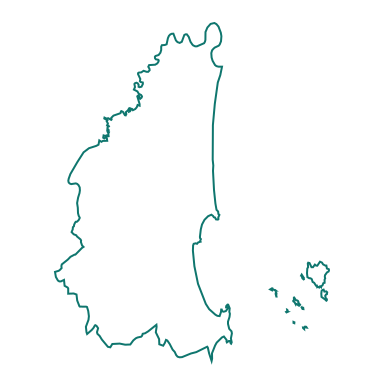 outline of Tinh Gia, Thanh Hóa, Vietnam
{"feature_id": "81297802B97652803071493", "entity_name": "Tinh Gia", "entity_type": "district", "adm_level": 2, "iso_a3": "VNM", "parent_name": "Vietnam", "parent_adm1": "Thanh Hóa", "projection": "robinson", "projection_center": [105.829, 19.452], "detail": "fine", "context": "isolated", "style": "outline", "palette": "teal", "viewbox_px": 384, "rotation_deg": 0, "n_neighbors": 0, "source": "geoboundaries", "source_scale": "gbopen_adm2", "svg_char_len": 5959}
<svg xmlns="http://www.w3.org/2000/svg" viewBox="0 0 384 384"><path d="M211.6,361.0L212.1,358.8L212.0,353.3L215.1,345.5L216.7,342.6L222.0,337.4L223.9,336.5L226.6,340.0L226.5,341.5L226.9,342.4L228.8,341.0L229.9,341.0L230.7,343.4L231.1,343.7L231.7,342.3L230.9,338.5L231.9,333.4L231.5,331.3L229.2,328.8L228.0,323.9L228.0,321.6L229.5,317.0L229.9,313.8L229.3,311.8L229.7,308.3L228.2,304.7L227.5,304.6L226.2,306.1L226.1,307.3L227.5,307.2L227.8,308.4L225.8,311.1L223.7,311.7L222.3,311.3L221.7,309.5L221.2,309.5L221.0,312.0L219.6,316.1L217.3,315.8L215.4,314.7L209.2,309.2L205.8,303.9L198.0,283.8L194.4,266.2L192.9,250.7L193.1,245.4L193.7,243.8L195.8,243.3L197.0,243.8L198.2,242.4L200.5,241.7L200.1,241.1L200.9,239.1L200.1,238.2L199.9,237.0L200.8,229.4L202.0,224.5L204.5,219.8L208.1,216.2L211.4,214.7L213.1,216.0L213.8,217.2L215.0,217.5L216.0,219.4L217.9,219.6L218.4,219.2L218.3,217.4L219.4,214.9L218.4,214.0L218.1,211.5L216.5,209.8L215.4,203.4L214.0,189.9L213.0,170.8L213.3,165.5L212.7,159.8L212.9,125.1L214.8,103.9L217.8,82.5L220.3,75.1L222.0,66.7L218.6,66.7L216.4,66.1L215.0,65.0L212.6,60.8L211.6,57.5L211.3,53.1L212.1,50.3L213.4,48.8L214.7,47.6L218.7,45.7L219.7,44.5L221.0,41.3L221.4,36.2L220.8,32.7L218.5,26.6L216.4,24.1L214.3,23.0L210.6,23.9L207.4,27.5L205.5,32.0L205.4,39.9L205.0,41.6L204.1,43.2L197.0,46.3L195.1,46.3L193.2,45.4L192.3,44.5L190.5,41.8L188.7,36.8L186.8,34.3L185.6,34.3L184.3,35.0L181.8,41.8L179.7,42.9L177.5,42.1L175.9,40.4L173.4,33.7L171.6,33.8L170.2,34.5L168.9,35.9L167.9,38.2L166.6,44.3L164.8,45.0L161.9,45.2L161.2,46.6L161.2,50.0L160.4,52.7L158.6,55.0L155.5,56.0L154.9,56.8L155.0,58.2L155.8,59.3L158.3,59.8L158.7,60.3L158.5,61.6L157.3,63.4L155.2,64.7L149.1,65.1L148.3,66.8L149.5,68.9L149.6,70.3L148.2,71.8L146.6,71.8L143.6,70.8L141.2,72.4L138.8,72.6L138.1,73.1L138.0,74.0L140.3,79.0L139.9,81.2L140.7,82.0L142.8,82.5L142.9,83.9L141.5,86.7L139.6,87.2L138.6,86.8L138.6,84.7L137.6,83.2L136.4,82.7L134.9,83.3L134.4,84.0L135.0,87.1L133.9,89.6L137.4,91.4L138.8,93.8L141.1,95.0L142.0,96.4L141.6,97.6L140.2,98.8L139.5,98.2L139.3,96.7L138.7,95.8L137.9,95.7L137.3,96.3L139.6,104.1L139.6,105.7L137.6,105.0L136.8,107.2L135.3,109.0L132.9,110.2L132.0,108.9L131.5,108.8L130.0,111.3L129.3,111.6L130.1,108.7L129.8,108.1L129.1,108.3L127.9,110.4L125.8,112.2L126.3,114.2L125.7,115.4L124.9,115.2L122.9,111.8L121.4,111.1L120.9,111.4L120.7,112.8L119.9,113.4L113.5,115.6L111.3,117.8L111.6,119.5L111.2,119.9L108.2,118.2L106.5,118.6L104.5,117.6L104.3,118.5L107.4,120.3L106.7,121.3L107.9,123.4L107.1,125.4L108.5,125.7L108.9,126.4L107.9,126.9L107.5,127.6L107.3,129.9L108.4,129.6L108.7,130.1L107.5,131.1L107.5,131.7L107.8,132.2L108.6,131.8L109.0,132.1L108.3,133.7L108.6,136.2L107.9,136.3L106.8,135.3L105.2,135.9L103.6,135.4L103.2,137.7L104.3,138.4L106.2,137.2L106.9,138.5L107.2,140.8L102.9,140.9L101.4,141.8L99.3,140.4L98.5,144.7L96.2,145.9L89.0,148.2L83.6,152.3L77.4,162.0L70.4,174.0L68.7,178.7L68.3,180.8L68.7,182.5L69.7,183.5L71.2,184.1L75.8,183.4L77.2,183.9L78.5,185.1L79.7,187.4L79.9,190.4L79.5,193.1L78.1,197.6L77.1,203.1L77.8,207.7L78.0,213.1L78.7,215.8L79.7,217.6L79.6,218.3L78.5,220.3L76.8,221.8L75.7,221.8L74.9,223.0L74.1,224.8L73.9,226.3L72.9,227.2L72.7,229.4L71.6,232.1L73.7,234.3L76.3,235.3L76.9,236.4L80.5,239.4L81.1,240.5L80.9,242.0L82.1,245.5L83.5,246.9L82.0,247.9L75.4,254.6L74.6,254.6L70.5,256.8L67.8,259.6L61.8,264.4L61.4,266.0L61.6,268.1L60.0,269.8L58.7,270.8L55.0,271.9L55.9,277.0L57.9,280.5L59.3,281.4L60.9,281.4L64.0,279.9L64.6,285.8L67.6,287.5L68.2,288.4L68.2,293.7L73.7,293.5L76.5,294.5L77.2,300.5L79.4,306.2L79.8,306.6L86.3,306.7L87.0,307.0L88.2,310.9L88.9,316.2L88.5,319.8L85.9,326.8L86.5,332.2L87.1,334.0L91.7,330.0L93.5,327.9L94.9,325.4L95.5,325.2L96.7,326.1L98.1,328.2L97.0,332.1L97.4,333.8L99.6,335.9L101.9,339.6L107.9,346.8L110.3,347.3L112.3,344.0L119.7,343.6L125.2,344.7L130.3,344.5L133.3,340.4L135.8,338.3L137.5,337.5L141.2,336.7L142.1,335.7L142.7,333.8L145.0,333.3L148.1,331.4L156.4,324.8L156.6,326.8L155.8,332.3L159.1,339.1L159.3,344.3L163.2,345.7L164.8,343.0L166.0,339.9L167.3,340.5L169.7,344.0L172.6,349.6L174.7,351.9L176.2,355.1L177.6,356.7L179.6,357.3L182.1,357.1L190.9,353.5L196.3,352.1L207.2,346.7L207.8,347.5L209.1,353.3L211.6,361.0ZM326.1,266.0L323.1,264.4L322.0,262.6L320.0,261.7L317.3,265.7L316.1,265.6L314.9,264.6L313.0,267.2L311.5,267.2L309.5,263.0L308.2,262.7L307.8,263.4L308.1,267.2L307.3,268.5L307.0,273.2L307.4,277.1L309.2,278.2L310.6,278.3L311.8,279.2L312.6,281.9L314.2,282.8L316.0,285.7L316.9,285.6L317.2,287.2L317.8,286.9L319.2,287.5L319.6,286.5L320.1,286.3L321.1,287.2L321.3,286.1L322.5,285.4L323.3,283.2L324.6,282.8L324.6,279.6L325.2,278.3L324.8,276.9L325.0,275.2L327.0,272.4L328.6,271.5L329.0,270.2L328.8,269.2L326.9,268.5L326.2,264.7L326.1,266.0ZM324.4,291.6L323.6,289.6L322.4,290.0L321.6,290.9L321.3,293.5L321.5,296.9L324.7,299.2L325.6,299.4L325.7,300.2L326.4,300.7L326.8,300.3L326.9,299.3L326.1,299.0L325.2,295.9L326.0,294.5L326.9,294.2L327.2,292.3L326.3,291.4L324.4,291.6ZM295.9,300.2L294.2,297.5L293.9,297.6L293.9,300.2L293.2,301.0L293.5,301.5L294.5,302.1L295.7,304.4L295.9,303.9L296.4,303.9L298.9,305.7L299.4,305.7L300.1,304.7L298.3,302.7L298.5,302.3L298.1,301.1L297.4,300.5L295.9,300.2ZM303.9,278.0L301.7,274.6L301.1,275.7L302.3,276.3L302.0,277.1L302.4,278.3L303.6,279.4L303.9,279.2L303.7,278.6L303.9,278.0ZM272.8,289.0L272.5,288.4L272.0,288.3L270.2,289.4L272.2,290.4L272.8,289.0ZM276.5,296.5L276.2,294.9L276.5,293.8L276.2,292.5L275.9,292.4L275.6,293.8L276.3,296.5L276.5,296.5ZM302.1,307.8L301.8,307.2L301.6,307.4L302.5,309.0L303.4,309.1L303.2,307.8L302.1,307.8ZM306.2,326.8L305.0,326.6L304.1,327.4L304.4,327.8L304.7,327.3L306.7,327.6L306.2,326.8ZM294.3,323.2L294.4,322.3L293.5,321.9L293.5,322.9L294.3,323.2ZM304.0,328.9L303.8,327.6L303.0,327.5L303.1,328.1L304.0,328.9ZM287.6,311.9L286.5,311.7L286.1,311.9L286.5,312.4L287.6,311.9ZM287.8,311.1L287.3,309.8L287.1,309.7L287.3,311.1L287.8,311.1ZM275.6,290.4L275.1,290.0L274.3,289.9L274.5,290.3L275.6,290.4Z" fill="none" stroke="#0f766e" stroke-width="2"/></svg>